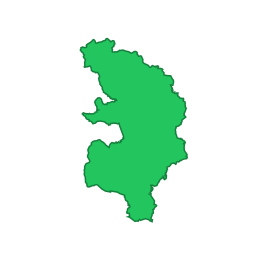 the district of Trieu Son, Thanh Hóa, Vietnam, rotated 63°
{"feature_id": "81297802B97142358911210", "entity_name": "Trieu Son", "entity_type": "district", "adm_level": 2, "iso_a3": "VNM", "parent_name": "Vietnam", "parent_adm1": "Thanh Hóa", "projection": "orthographic", "projection_center": [105.571, 19.802], "detail": "fine", "context": "isolated", "style": "filled", "palette": "green", "viewbox_px": 256, "rotation_deg": 63, "n_neighbors": 0, "source": "geoboundaries", "source_scale": "gbopen_adm2", "svg_char_len": 5827}
<svg xmlns="http://www.w3.org/2000/svg" viewBox="0 0 256 256"><g transform="rotate(63 128 128)"><path d="M181.1,95.7L180.8,92.9L181.9,89.7L181.3,88.7L180.2,88.5L179.6,88.9L179.7,88.2L178.2,87.4L174.4,88.0L173.0,87.8L170.3,86.6L168.4,85.2L167.3,85.7L166.7,84.5L167.3,84.0L166.9,83.6L166.2,84.0L165.6,83.5L163.4,84.9L162.5,84.8L161.9,86.1L161.4,85.7L161.2,85.7L161.1,86.7L159.2,88.6L155.0,88.0L154.4,88.2L154.0,87.6L150.6,86.4L149.7,85.0L148.6,84.6L149.2,81.8L149.0,81.7L148.8,79.2L148.2,78.6L147.7,78.7L147.0,77.2L145.4,76.3L144.5,71.6L143.1,71.8L142.5,72.3L141.2,71.6L140.7,71.6L139.1,69.5L136.7,67.1L136.0,67.4L134.5,67.2L134.1,66.7L132.5,66.4L132.0,65.8L130.3,65.4L129.0,66.6L128.5,66.6L127.6,65.3L126.8,65.2L125.1,68.1L123.4,68.4L122.7,69.0L122.0,68.8L121.4,69.1L119.6,67.6L118.9,68.6L119.2,69.2L118.6,70.5L117.2,70.0L117.1,71.4L116.8,71.8L115.9,72.3L115.1,71.9L115.0,71.6L115.5,71.6L115.2,71.1L114.4,70.8L114.1,71.1L114.7,71.6L114.4,72.0L113.3,70.8L112.6,70.4L112.1,71.0L111.0,70.5L110.0,70.8L108.9,70.5L110.3,68.7L108.2,66.9L106.8,66.1L105.7,65.9L104.5,66.3L101.1,66.2L100.7,66.6L98.8,69.8L96.9,71.9L94.9,70.8L93.2,71.5L92.2,71.4L91.6,70.4L90.7,70.9L89.4,72.4L88.6,74.3L88.0,74.2L87.1,73.0L86.2,73.2L85.9,74.2L86.3,75.4L85.6,75.4L85.1,76.7L83.5,77.8L83.5,78.6L84.2,79.8L84.0,80.7L83.5,81.2L81.4,81.5L77.7,84.4L76.7,84.8L75.1,84.6L73.9,83.7L70.1,83.5L69.5,84.0L69.0,85.9L66.9,86.1L66.1,86.5L65.3,85.7L64.7,85.6L63.4,86.3L62.7,87.6L63.0,90.2L62.8,91.2L60.4,92.7L58.4,95.2L56.3,97.0L55.5,99.4L54.9,100.3L55.3,101.6L55.1,102.1L55.4,103.2L54.5,104.3L53.8,106.4L53.2,107.3L52.4,107.3L51.0,106.2L49.4,106.1L48.5,103.1L47.5,102.8L47.1,102.1L47.1,101.5L44.1,101.0L43.2,102.1L43.4,104.1L39.5,105.5L38.8,106.0L38.6,106.9L39.6,108.4L39.1,111.0L39.4,112.0L38.3,115.4L38.3,116.6L37.9,118.0L37.6,118.2L35.1,117.9L33.7,118.4L33.6,119.4L34.4,121.2L34.8,124.2L34.8,126.0L35.2,126.5L35.1,127.2L35.5,127.7L36.7,127.8L37.2,128.5L36.7,130.1L35.2,131.7L35.2,133.6L36.0,133.8L36.9,135.1L39.1,134.8L40.9,133.8L42.1,134.3L43.1,133.8L43.7,134.2L43.8,134.9L44.2,135.4L45.2,135.5L46.1,135.1L46.5,135.3L47.5,134.7L50.0,136.9L53.1,138.2L53.5,138.5L53.5,139.1L53.9,139.1L54.2,139.0L54.8,136.6L55.2,136.1L55.3,134.2L55.8,133.5L57.7,133.6L60.0,134.4L60.7,134.2L61.8,133.7L62.2,133.0L62.7,132.7L62.9,132.2L64.2,131.6L64.2,130.9L64.8,129.8L67.7,129.7L69.8,130.2L69.8,130.7L70.3,131.5L72.9,132.3L75.2,132.5L76.2,133.1L79.9,132.4L81.0,132.8L81.4,133.3L83.5,133.1L85.0,133.6L85.9,132.8L86.7,132.7L87.2,132.0L87.6,132.2L87.7,131.9L88.6,131.7L89.1,131.0L90.1,131.4L90.4,131.0L90.8,131.3L91.1,130.5L92.3,129.9L92.8,130.3L93.2,129.8L93.7,130.0L93.8,129.5L94.2,129.6L95.7,128.5L95.3,127.8L95.6,127.3L96.2,127.2L96.6,126.3L97.3,126.4L97.3,127.3L97.5,127.6L97.3,125.6L98.2,125.6L98.1,127.2L98.5,128.5L97.3,130.1L97.1,133.0L96.2,135.0L97.5,136.1L96.5,137.0L96.5,138.1L94.8,139.4L93.1,139.0L92.1,139.2L90.8,138.7L89.2,138.9L88.0,139.8L88.0,140.5L87.5,141.1L88.7,144.5L89.7,145.7L90.4,146.0L92.9,146.3L94.5,146.0L96.9,146.9L97.9,146.7L98.5,146.2L98.3,147.2L97.9,147.6L99.6,148.5L99.0,150.0L99.6,150.6L99.5,152.0L99.7,152.3L99.2,153.2L98.7,154.7L97.5,155.8L97.6,156.8L96.5,158.1L96.5,158.7L94.2,161.0L94.7,162.3L95.7,161.8L96.4,162.0L98.1,160.9L100.7,160.9L101.8,160.3L102.9,159.0L103.4,158.9L103.9,159.4L104.3,159.5L105.0,158.2L105.8,157.7L108.3,157.3L108.8,154.6L108.2,153.1L108.2,152.2L109.3,149.4L111.7,146.3L112.9,145.6L114.4,145.1L115.2,143.9L116.4,144.0L116.2,143.6L116.5,143.1L117.1,142.8L116.0,141.3L116.7,140.5L117.0,138.5L118.0,137.5L118.2,136.5L119.5,135.6L119.8,134.7L119.6,134.0L120.1,133.7L121.8,134.4L133.8,135.8L134.5,137.0L135.5,136.7L135.8,140.5L137.0,140.1L137.4,142.0L136.0,142.5L136.5,144.8L135.1,145.0L135.5,147.5L134.5,147.9L133.7,148.9L134.0,150.5L134.4,151.3L135.2,152.4L136.8,153.7L133.3,155.5L131.2,155.9L129.2,156.7L127.9,157.8L126.3,158.2L125.5,158.7L125.1,160.3L125.2,161.6L124.3,163.9L124.1,165.3L124.7,167.5L126.2,168.1L127.1,171.0L129.0,173.5L131.0,174.2L132.5,174.4L134.1,176.3L135.3,177.1L138.6,176.9L139.8,177.0L140.6,177.4L141.1,178.4L140.8,180.9L141.1,182.2L142.6,184.0L144.5,185.0L145.6,186.1L147.9,186.9L149.4,188.1L152.2,188.3L157.3,190.5L158.9,189.9L160.7,190.7L161.9,190.8L162.9,189.4L162.8,188.9L163.2,187.4L163.0,186.8L163.3,185.5L163.9,184.5L163.7,183.9L164.1,181.8L165.0,181.0L170.4,179.0L173.9,176.8L177.1,172.7L176.1,172.3L179.6,167.5L180.6,166.3L182.6,165.2L186.5,161.5L187.1,161.8L187.7,162.5L188.9,162.2L190.7,162.9L191.9,162.7L192.5,162.1L194.0,161.7L194.8,162.2L196.3,162.2L196.5,162.8L196.9,163.0L197.2,162.8L197.4,161.7L197.7,161.7L197.9,162.4L198.7,162.1L199.4,162.3L199.5,164.0L199.9,165.1L201.3,166.0L202.7,167.6L203.2,167.6L204.0,166.9L204.7,165.7L207.3,166.5L207.1,168.3L208.1,167.2L214.3,164.2L215.0,162.0L215.7,161.3L214.7,159.4L215.9,158.8L216.8,153.5L219.8,150.5L220.3,150.8L222.4,149.1L220.8,147.9L220.0,148.6L218.8,148.6L216.9,146.3L215.5,145.7L215.5,144.3L214.0,143.4L212.0,142.8L212.1,141.6L211.6,141.3L210.7,139.6L210.6,138.5L210.2,137.8L208.8,138.1L207.9,139.5L205.0,137.5L199.5,138.2L198.3,138.2L197.9,137.9L196.9,138.7L197.2,137.6L197.0,137.3L195.4,137.5L195.1,136.0L193.8,135.9L193.7,135.2L194.5,134.7L193.7,133.5L192.2,133.2L192.2,134.4L192.0,134.6L191.3,133.7L189.4,133.7L189.7,132.8L190.9,131.4L191.8,131.1L192.4,128.4L190.8,126.5L189.9,124.6L189.0,123.6L188.4,122.4L188.3,121.3L187.8,120.8L188.1,119.7L187.2,118.9L188.1,118.7L189.4,119.4L189.7,118.8L190.6,118.8L190.7,118.5L190.4,118.2L190.3,117.0L190.0,116.7L188.3,115.6L187.8,116.6L187.1,116.7L187.0,115.3L185.3,115.3L185.4,114.5L184.7,114.1L184.3,113.2L183.4,113.1L182.9,111.7L181.2,111.4L180.5,110.6L181.0,108.7L180.2,106.6L179.6,105.9L179.5,105.0L179.8,103.8L180.4,102.8L182.0,101.9L181.8,101.5L180.5,100.4L180.4,100.0L180.5,99.3L181.3,98.1L181.1,97.3L180.5,96.6L181.1,95.7Z" fill="#22c55e" stroke="#15803d" stroke-width="1.5"/></g></svg>